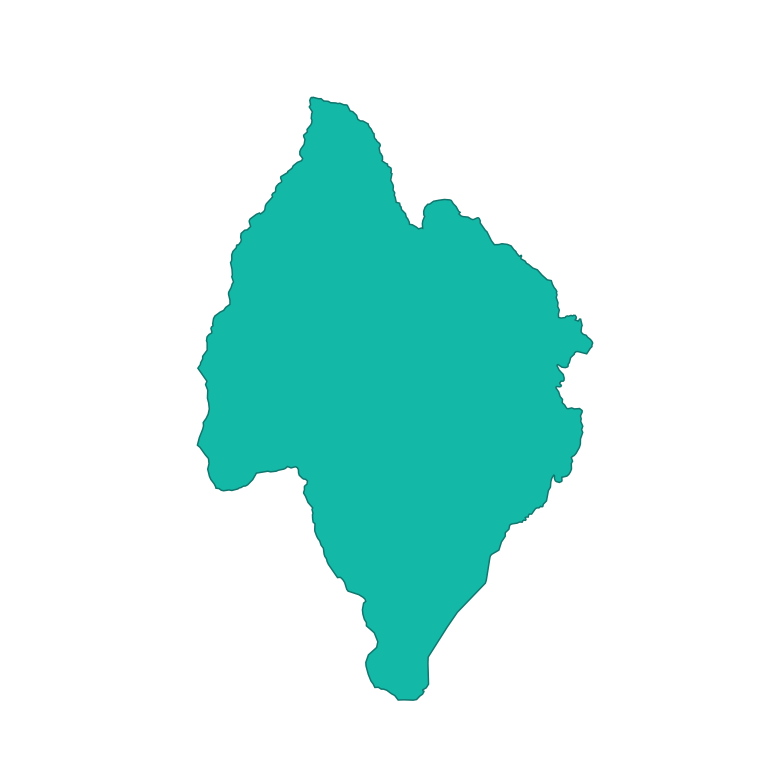 Santo Crucifixo, Ribeira Grande, Cabo Verde, rotated 324°
{"feature_id": "66160863B26577257957631", "entity_name": "Santo Crucifixo", "entity_type": "district", "adm_level": 2, "iso_a3": "CPV", "parent_name": "Cabo Verde", "parent_adm1": "Ribeira Grande", "projection": "mercator", "projection_center": [-25.106, 17.131], "detail": "fine", "context": "isolated", "style": "filled", "palette": "teal", "viewbox_px": 768, "rotation_deg": 324, "n_neighbors": 0, "source": "geoboundaries", "source_scale": "gbopen_adm2", "svg_char_len": 6171}
<svg xmlns="http://www.w3.org/2000/svg" viewBox="0 0 768 768"><g transform="rotate(324 384 384)"><path d="M284.5,230.9L280.8,234.6L279.9,236.4L277.9,236.5L276.6,237.4L275.5,240.4L274.5,241.5L271.6,241.1L268.5,241.9L265.8,244.7L265.3,246.5L260.8,252.7L253.6,255.0L251.9,257.2L248.0,259.1L247.0,260.3L242.7,261.8L242.4,277.7L239.3,279.6L237.8,285.4L232.8,291.7L231.1,296.1L228.0,301.5L224.0,305.1L219.9,307.3L215.1,308.9L213.4,311.8L210.9,313.9L203.0,318.9L197.1,323.8L197.9,327.1L197.8,336.2L198.2,341.1L195.6,345.6L191.3,349.3L188.5,356.1L187.8,359.4L187.9,365.1L187.4,368.0L186.8,369.5L189.1,371.7L189.9,374.3L191.5,376.1L196.3,378.6L198.3,380.7L204.1,383.0L205.9,383.0L207.3,383.7L210.2,384.0L212.0,385.1L214.5,385.4L221.6,384.2L228.4,381.1L238.8,386.3L240.6,388.4L245.6,391.2L247.9,391.7L252.8,393.9L254.5,394.3L257.5,394.1L259.5,397.3L263.8,398.9L264.7,400.7L264.4,403.0L262.6,405.7L261.8,408.0L262.6,412.5L263.3,413.9L264.5,414.8L265.1,417.4L262.8,419.8L260.5,419.8L259.2,420.3L257.4,422.9L255.3,424.4L254.8,425.3L254.5,428.8L252.9,435.2L253.5,442.3L252.0,443.2L250.5,447.0L249.3,447.7L247.1,451.0L245.5,454.1L246.0,456.5L242.3,461.2L241.5,462.6L240.1,467.5L239.7,470.3L239.8,473.1L238.4,477.3L238.4,481.3L235.5,486.5L234.8,488.8L234.7,491.6L233.6,494.3L233.0,497.3L232.6,513.3L235.1,514.8L235.7,517.9L235.5,521.5L233.2,528.2L233.2,530.5L239.8,539.6L241.7,544.2L242.2,546.8L241.5,549.1L238.7,549.3L233.8,554.0L231.6,557.9L229.8,562.8L229.5,566.8L227.6,569.3L229.9,579.5L227.5,588.9L223.2,592.8L212.2,594.0L205.7,598.5L203.7,601.6L200.6,609.7L198.9,616.6L198.9,620.6L198.2,624.1L201.2,626.1L202.4,629.2L204.2,630.5L206.2,633.3L208.0,639.0L209.6,642.3L209.7,648.0L214.2,651.0L221.9,657.0L224.9,658.4L229.8,657.5L232.8,657.6L235.4,656.4L235.7,656.0L235.1,655.0L235.6,654.2L239.6,654.6L243.6,653.0L255.3,635.9L259.2,630.9L292.5,617.7L309.1,611.8L348.9,604.7L351.4,602.9L367.7,586.6L369.2,585.5L371.1,585.1L379.3,585.9L386.2,580.8L392.5,578.5L394.7,575.6L399.7,574.9L402.6,572.2L404.3,572.1L405.9,572.7L409.9,574.8L412.6,575.4L414.6,577.0L415.8,576.3L417.0,576.3L418.4,577.5L419.2,577.1L419.7,575.1L421.0,575.3L422.5,576.4L423.8,575.1L425.1,574.7L427.0,576.0L432.5,574.1L434.0,573.9L435.2,574.3L436.6,575.3L438.9,575.1L439.6,576.2L440.5,576.4L442.2,574.9L446.7,574.1L454.3,566.9L458.0,565.3L461.4,561.3L464.3,558.9L467.7,557.5L468.1,558.0L468.0,558.5L466.3,560.7L465.7,563.0L466.1,564.3L468.0,566.7L470.4,567.2L471.1,566.9L473.0,564.0L477.8,566.0L480.3,565.8L483.2,564.6L485.7,563.0L488.8,558.4L491.2,557.3L492.2,553.7L493.8,553.4L496.0,553.6L498.6,553.0L504.7,550.2L507.5,548.1L510.7,543.9L516.3,540.0L517.0,537.1L520.0,535.0L521.2,529.8L523.0,528.2L524.2,525.3L527.8,523.2L528.7,521.9L527.8,518.8L523.4,516.1L521.8,513.7L518.4,512.2L517.8,511.6L517.5,510.7L517.8,507.2L517.2,503.9L519.4,501.3L519.1,497.7L520.7,493.0L520.8,488.6L521.2,487.7L522.3,487.6L524.5,489.6L525.7,490.0L526.7,489.3L526.4,487.1L526.8,486.5L528.9,485.8L530.6,487.0L531.7,486.9L533.2,485.2L534.6,481.6L533.9,475.7L534.7,470.9L535.4,470.4L536.2,470.5L537.8,475.0L540.4,477.4L542.3,478.0L543.1,478.0L544.7,476.2L546.4,475.7L550.5,472.4L555.5,471.7L556.2,470.9L558.3,470.7L559.9,471.7L565.7,478.7L572.1,476.3L574.2,476.0L575.0,474.8L576.9,473.5L577.3,471.8L577.2,469.3L576.2,465.7L576.2,463.4L574.4,460.9L574.0,458.3L574.5,457.1L577.6,453.7L578.6,453.3L581.2,447.1L580.5,446.5L578.1,447.3L576.3,444.5L578.1,443.8L578.9,442.8L579.0,440.9L577.7,439.8L576.5,439.7L575.6,438.4L573.2,437.7L572.3,436.7L570.9,436.3L569.9,436.8L565.9,434.7L564.4,432.7L566.1,430.0L569.3,427.2L570.1,423.2L572.5,420.6L574.2,415.2L576.5,413.4L577.0,411.6L578.2,410.8L578.5,408.3L578.3,406.1L578.9,402.2L580.1,398.7L577.3,395.7L575.8,388.6L575.2,381.8L572.5,377.6L571.2,372.1L570.2,370.3L570.4,367.6L568.4,363.2L568.7,362.5L570.5,361.4L570.7,360.7L570.1,360.4L569.1,360.6L568.5,360.1L568.2,356.1L568.6,354.3L568.0,351.6L568.0,347.0L565.8,343.5L561.8,339.8L558.9,338.7L555.2,336.2L555.1,331.2L556.8,321.2L556.3,319.5L556.5,310.2L557.8,308.4L558.3,306.0L558.0,305.0L557.2,304.4L553.2,303.6L552.3,303.0L551.4,301.7L550.1,298.4L546.3,295.0L545.2,293.5L544.6,290.5L546.5,289.9L545.9,288.2L546.6,282.8L546.0,278.9L546.3,275.1L545.4,273.7L541.3,270.2L536.4,267.6L531.5,265.3L526.6,265.3L525.0,264.3L521.0,265.2L517.7,267.5L515.6,270.6L515.5,272.2L511.3,274.8L509.3,276.8L506.8,280.8L506.0,279.8L503.1,278.8L502.4,276.0L500.5,271.8L498.5,269.8L499.6,267.8L500.3,264.0L500.1,262.1L501.5,258.8L500.7,253.2L501.9,250.7L501.6,249.7L502.9,246.9L500.7,244.2L502.8,239.5L503.2,237.5L505.1,235.5L505.3,232.4L507.6,229.8L508.4,228.0L509.2,223.0L514.1,218.5L513.7,217.1L515.0,216.0L516.4,213.8L516.5,213.1L515.3,210.4L515.3,209.3L516.1,208.1L515.1,206.5L513.6,202.3L514.8,201.5L516.5,199.0L516.9,195.9L516.7,194.6L518.7,190.2L521.0,189.0L521.5,188.2L521.8,187.0L521.0,183.6L521.2,181.6L520.9,180.4L521.1,178.9L523.1,175.5L522.7,174.5L523.5,169.9L523.2,167.4L523.6,165.1L524.1,164.4L521.5,158.8L519.5,157.3L518.4,154.5L519.7,150.5L518.8,145.3L517.1,143.1L518.1,137.0L517.6,136.1L515.6,134.5L513.3,130.9L511.5,130.0L510.2,128.3L506.2,125.1L505.0,122.5L501.6,119.6L500.8,116.2L498.7,114.7L495.2,110.4L494.6,110.5L494.1,109.7L492.7,109.6L490.7,110.9L488.6,115.1L486.4,115.9L486.0,121.8L484.3,122.9L481.2,126.4L480.8,128.2L479.0,130.3L476.9,131.4L471.4,132.8L470.1,135.0L465.2,135.5L464.4,136.8L463.8,139.7L460.2,143.2L454.7,145.1L452.5,146.5L450.7,149.1L450.8,153.7L448.7,154.9L444.2,153.8L438.8,154.1L436.4,155.4L431.1,155.5L430.4,156.3L422.5,155.6L421.5,156.5L420.5,159.8L419.3,160.4L416.4,160.1L413.1,160.8L411.3,162.1L409.7,164.2L408.4,164.7L406.3,164.4L404.5,165.1L403.7,167.2L394.7,169.1L392.7,170.2L390.0,173.0L388.2,173.7L384.1,173.9L383.8,172.5L380.5,171.7L372.7,171.8L371.1,172.6L370.3,173.6L368.7,178.2L364.0,178.9L361.6,177.7L356.9,178.2L354.3,181.0L353.3,183.5L351.7,184.8L348.1,185.9L346.9,185.1L345.7,185.6L345.5,186.2L344.5,187.0L339.8,187.9L336.7,190.0L334.3,193.5L332.9,194.9L331.2,195.6L328.5,201.8L325.3,206.8L323.9,207.7L322.2,213.0L319.9,213.9L317.1,216.1L312.2,218.5L311.0,220.0L308.6,225.7L306.2,229.0L301.0,229.0L297.5,230.2L293.6,229.5L287.1,229.6L284.5,230.9Z" fill="#14b8a6" stroke="#0f766e" stroke-width="1.5"/></g></svg>